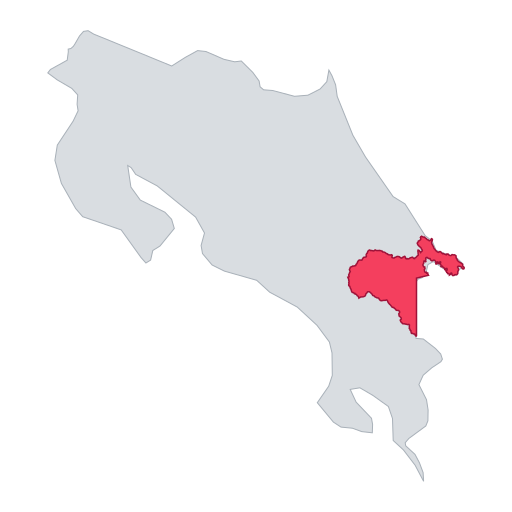 location of Talamanca, Limón, Costa Rica
{"feature_id": "36466004B17277375937001", "entity_name": "Talamanca", "entity_type": "district", "adm_level": 2, "iso_a3": "CRI", "parent_name": "Costa Rica", "parent_adm1": "Limón", "projection": "natural_earth1", "projection_center": [-83.039, 9.422], "detail": "fine", "context": "in_parent", "style": "filled", "palette": "rose", "viewbox_px": 512, "rotation_deg": 0, "n_neighbors": 0, "source": "geoboundaries", "source_scale": "gbopen_adm2", "svg_char_len": 7706}
<svg xmlns="http://www.w3.org/2000/svg" viewBox="0 0 512 512"><path d="M462.8,263.8L462.1,266.4L459.9,269.2L456.8,272.1L452.8,274.0L442.9,268.2L433.3,261.6L427.9,264.6L425.9,273.2L422.3,277.6L417.9,279.3L416.0,282.2L415.7,311.1L416.0,338.4L423.3,339.0L435.5,348.5L440.7,354.0L442.4,359.2L440.9,361.7L431.9,367.7L423.2,375.2L418.9,384.6L426.5,399.7L428.1,410.0L427.9,420.8L425.8,426.0L408.9,438.4L405.2,442.7L405.7,445.8L415.0,454.4L419.4,462.7L423.1,472.6L423.6,481.3L415.1,465.2L403.4,449.9L393.2,440.5L392.5,418.5L388.4,406.5L373.0,395.5L359.9,387.8L350.2,389.4L356.1,402.1L371.5,418.3L372.6,424.5L372.3,432.8L361.7,431.6L352.4,428.2L341.0,427.1L333.4,422.1L317.3,402.7L328.7,386.2L332.3,375.4L332.0,352.9L329.4,342.0L317.0,325.3L297.3,307.1L269.7,292.2L256.7,280.3L224.4,271.1L212.1,265.0L202.5,253.6L201.1,245.5L204.5,233.0L195.6,217.1L157.2,185.9L135.7,174.4L131.1,167.6L127.7,165.5L130.9,187.1L140.3,200.1L164.9,212.2L171.6,219.3L174.3,228.5L160.0,246.0L152.8,250.5L150.6,260.1L145.9,263.0L141.0,257.5L121.2,229.9L82.7,216.7L75.7,208.6L61.4,183.4L54.9,160.4L57.3,145.1L73.1,121.2L78.1,110.8L77.1,104.4L77.7,94.9L71.8,88.4L57.1,79.8L47.8,72.9L50.4,69.5L67.2,60.2L68.3,51.9L68.2,49.1L70.9,48.5L73.4,46.3L74.9,44.0L79.5,36.0L83.5,31.4L88.1,30.7L93.7,34.1L114.8,42.7L138.3,52.3L171.7,66.0L185.6,57.2L197.6,50.6L205.9,51.5L223.9,59.3L234.7,61.8L241.3,61.0L252.8,72.4L259.1,81.0L260.1,86.8L263.6,89.8L272.6,90.5L294.5,96.3L307.9,95.2L320.1,89.0L326.8,81.7L328.9,70.1L332.0,75.8L335.6,84.8L337.2,96.4L352.9,135.3L365.5,157.0L393.1,196.6L405.0,203.9L425.2,235.7L432.1,240.9L436.1,250.3L457.0,258.1L462.8,263.8Z" fill="#d9dde1" stroke="#a8b0b8" stroke-width="1"/><path d="M411.7,333.4L412.0,333.2L413.7,334.0L414.6,334.0L414.8,334.2L415.3,335.4L415.8,336.0L416.2,336.1L416.5,335.7L416.5,278.1L428.4,275.3L428.0,274.8L428.1,274.3L427.7,273.7L427.7,273.0L427.4,273.0L427.0,273.2L426.5,273.2L426.3,272.8L426.6,272.4L426.5,272.2L425.5,272.3L425.1,272.2L424.8,271.8L424.4,270.9L424.5,270.1L424.3,269.6L425.0,268.7L424.8,267.9L424.8,267.1L424.7,266.9L424.0,267.0L423.7,266.8L422.9,265.2L423.0,264.3L423.6,263.5L423.9,261.1L424.4,261.0L425.4,261.7L425.7,261.7L425.9,261.5L425.9,261.2L425.6,261.0L425.6,260.1L426.0,259.0L425.7,258.6L425.7,258.2L426.1,257.6L426.5,257.4L427.1,257.4L427.7,257.7L428.0,258.3L428.5,258.5L429.0,258.6L429.9,258.5L430.1,258.6L430.2,259.3L430.9,260.2L431.7,260.8L432.6,260.7L433.1,260.3L433.7,260.1L434.3,260.2L434.7,260.3L435.9,262.0L435.8,263.6L435.9,264.0L436.6,264.0L436.9,263.8L437.1,263.5L437.0,262.3L437.3,261.9L438.0,262.0L438.5,263.4L438.7,263.7L439.4,263.5L439.6,262.5L440.0,261.7L440.6,261.9L440.7,262.2L440.6,262.8L440.4,263.4L440.0,263.8L440.0,264.1L441.1,265.1L440.9,266.2L440.9,266.6L441.1,266.7L441.6,266.7L442.3,266.2L442.5,266.3L442.8,266.8L443.1,267.6L443.9,267.8L444.4,268.2L444.6,268.5L444.7,269.6L444.9,269.7L445.4,269.5L446.0,268.5L446.8,268.4L447.2,269.1L447.1,270.0L446.9,270.3L445.9,270.6L445.9,271.0L446.6,271.9L446.7,272.5L447.4,272.7L447.6,272.9L447.8,273.7L448.7,273.8L449.4,274.1L449.4,275.1L450.3,274.5L450.8,273.3L451.1,273.0L451.6,273.1L451.8,273.3L451.8,274.4L452.4,275.3L452.8,275.6L453.6,275.5L454.1,275.4L454.7,274.7L455.1,274.6L455.5,274.6L455.7,274.9L456.7,274.8L457.6,273.8L457.9,273.0L457.8,272.5L457.7,271.9L458.5,270.1L458.5,269.1L458.4,268.6L457.6,267.2L457.6,266.8L458.2,266.2L459.8,266.3L461.0,266.7L461.7,267.5L462.0,268.4L462.4,268.8L463.6,269.0L463.8,268.9L464.1,268.4L464.2,267.7L464.0,267.2L463.5,266.8L462.9,266.2L462.7,265.7L462.7,264.3L461.1,263.0L460.2,262.6L458.8,261.7L457.4,260.4L457.2,259.5L456.2,258.0L456.0,256.9L456.1,256.0L455.8,255.6L454.9,255.0L454.5,254.8L453.5,254.9L452.4,254.6L452.0,254.6L451.1,255.5L450.6,255.6L449.8,255.4L448.8,254.9L448.1,254.0L447.9,253.9L447.4,254.2L446.6,254.1L446.4,254.7L446.0,254.7L445.4,254.4L444.5,254.2L443.4,253.5L442.8,253.8L441.4,252.7L441.0,252.1L440.0,251.5L439.6,251.6L439.3,251.8L439.0,251.9L438.8,252.3L438.6,252.4L438.1,252.3L437.2,251.8L435.9,250.7L434.7,249.1L434.1,248.6L433.3,246.5L431.9,244.0L431.6,242.6L431.6,241.8L432.2,240.8L432.4,239.7L432.4,239.3L432.0,238.9L431.6,238.6L431.4,238.7L431.2,238.9L431.0,239.7L430.5,240.3L429.4,240.8L428.8,240.5L428.5,240.0L427.3,239.7L426.4,238.7L425.2,237.9L424.7,237.3L424.3,237.0L423.3,237.1L422.2,236.6L421.7,236.2L421.3,236.5L420.8,236.7L420.6,237.2L420.4,237.5L420.6,237.7L420.8,239.0L420.5,239.7L419.2,240.8L418.4,241.0L417.9,242.3L417.3,242.9L417.2,243.2L417.9,244.9L419.3,246.4L419.9,246.8L420.2,247.2L420.7,247.5L421.1,248.1L421.4,248.9L422.1,249.7L422.3,250.4L422.0,251.2L421.2,251.6L420.7,252.5L420.4,252.0L419.9,251.6L419.4,250.8L418.8,250.3L418.6,250.3L418.4,250.5L418.1,250.2L417.9,250.7L417.9,251.5L418.1,252.6L418.1,253.9L418.3,254.6L418.2,255.3L416.9,256.3L415.9,257.5L415.3,257.7L414.8,258.0L414.6,258.6L413.6,258.4L412.6,257.2L412.2,257.2L410.7,257.7L410.1,257.8L409.6,258.4L408.3,258.9L407.7,258.9L407.0,258.5L406.7,258.9L406.2,258.8L405.7,258.5L405.3,257.4L405.0,256.5L404.7,256.3L404.1,256.5L403.4,257.0L403.0,257.0L402.5,257.6L402.2,257.8L401.9,257.8L401.3,258.2L401.0,258.1L400.5,257.5L399.7,257.2L399.3,256.7L397.7,256.4L396.9,256.5L395.5,257.3L394.8,257.4L394.2,258.0L393.2,258.0L392.7,257.7L392.1,257.6L391.9,257.4L392.0,256.6L392.3,255.5L391.8,254.8L391.3,254.7L390.9,255.0L388.7,254.8L388.3,254.4L387.6,254.4L387.2,253.7L386.2,253.5L385.5,252.8L384.7,252.3L383.6,252.0L382.8,252.0L382.4,251.6L382.3,251.2L381.7,251.1L381.0,250.8L380.8,250.6L379.3,250.6L379.2,250.4L378.2,250.6L376.2,250.5L375.1,249.9L374.5,250.6L374.0,250.7L373.6,250.9L373.1,250.9L372.2,250.6L371.3,250.6L371.0,250.4L370.7,250.6L369.6,250.0L369.3,250.0L367.9,251.2L367.6,252.0L367.3,253.1L366.8,253.4L366.4,254.1L366.1,255.0L366.2,255.4L366.4,255.8L366.3,256.7L365.7,257.0L363.5,257.4L363.2,257.8L363.0,258.3L362.3,259.2L362.0,260.0L361.6,260.2L359.7,260.0L359.1,260.1L358.6,260.5L358.0,261.2L357.5,262.1L357.4,262.7L357.0,263.2L356.8,263.8L356.0,264.4L355.9,265.2L355.7,265.6L353.4,266.1L352.5,266.1L352.2,266.5L351.2,266.8L350.3,267.3L350.1,267.9L350.0,268.6L349.4,269.4L349.7,270.7L350.2,271.2L350.3,271.6L349.8,272.3L349.4,273.1L349.3,273.6L348.7,274.8L348.8,275.7L349.0,276.2L349.0,276.7L348.9,276.9L347.8,277.2L348.7,279.4L348.7,280.3L349.0,281.2L349.0,281.9L348.7,282.6L348.8,283.1L349.0,283.5L348.9,284.2L348.7,284.5L348.7,285.3L348.9,285.8L349.7,286.2L350.3,288.1L351.1,289.5L351.3,290.3L351.3,290.6L351.8,291.9L352.4,292.5L353.6,292.6L354.3,293.6L354.6,293.6L355.0,293.5L355.2,294.1L355.8,294.2L356.4,294.5L356.8,295.0L357.2,295.7L357.8,296.0L358.3,296.5L358.8,297.7L358.9,298.1L359.3,297.8L359.8,297.6L360.5,297.0L363.2,296.8L364.8,296.2L365.3,295.6L365.6,295.0L365.9,293.8L366.9,292.9L367.5,291.8L369.1,291.7L369.6,291.8L370.0,292.3L370.6,292.7L371.5,293.7L372.1,294.2L372.7,295.4L373.0,295.6L374.1,295.8L374.7,296.7L377.1,297.9L377.9,297.9L378.7,298.2L379.0,298.6L379.3,299.4L380.4,300.5L381.1,300.7L381.7,300.7L384.0,300.3L385.0,300.4L385.6,300.3L386.3,299.9L386.8,300.2L387.1,300.2L387.6,301.1L388.1,302.4L388.6,303.1L388.9,303.3L389.4,304.1L390.2,304.7L390.7,305.4L391.7,306.5L392.2,307.3L393.8,307.5L394.0,307.8L394.1,308.1L394.3,308.3L394.8,308.5L395.2,309.0L395.6,309.2L395.9,309.9L396.3,310.2L396.9,310.4L398.2,310.4L398.8,310.7L399.4,311.3L399.5,311.7L399.7,312.0L399.5,312.7L398.8,313.7L398.8,314.0L399.0,315.0L399.1,316.0L399.8,316.5L401.2,318.0L401.3,319.1L401.1,319.3L400.7,319.5L400.2,320.1L400.7,321.4L401.0,322.0L401.8,322.6L402.3,323.4L402.9,323.8L404.7,323.8L405.1,324.1L406.0,324.1L407.4,324.6L408.9,324.4L409.2,324.8L409.5,325.1L409.3,325.8L409.4,327.5L409.2,328.2L409.4,328.7L410.1,329.3L410.1,330.2L410.9,330.6L410.9,331.3L411.3,333.1L411.7,333.4Z" fill="#f43f5e" stroke="#9f1239" stroke-width="1.5"/></svg>